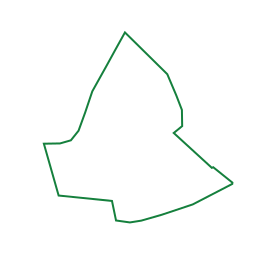 Seodaemun-gu, Seoul, South Korea (Albers equal-area conic projection), rotated 344°
{"feature_id": "91817680B65126245655882", "entity_name": "Seodaemun-gu", "entity_type": "district", "adm_level": 2, "iso_a3": "KOR", "parent_name": "South Korea", "parent_adm1": "Seoul", "projection": "albers", "projection_center": [126.947, 37.574], "detail": "fine", "context": "isolated", "style": "outline", "palette": "green", "viewbox_px": 256, "rotation_deg": 344, "n_neighbors": 0, "source": "geoboundaries", "source_scale": "gbopen_adm2", "svg_char_len": 476}
<svg xmlns="http://www.w3.org/2000/svg" viewBox="0 0 256 256"><g transform="rotate(344 128 128)"><path d="M42.8,119.9L42.7,173.8L92.5,193.7L91.0,213.6L103.8,219.3L115.2,220.7L136.5,220.7L169.2,219.3L212.8,210.5L213.3,209.3L199.1,189.2L197.6,189.4L186.3,171.0L170.6,145.4L180.6,141.1L184.8,125.5L183.4,109.9L180.6,87.1L151.4,35.3L136.5,50.2L125.2,61.6L103.8,82.9L91.1,101.3L79.7,117.0L69.7,124.1L58.4,124.1L42.8,119.9Z" fill="none" stroke="#15803d" stroke-width="2"/></g></svg>